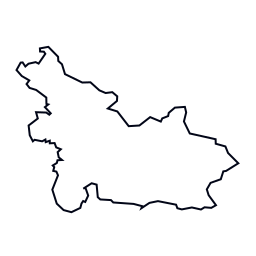 the district of Studenichani, Studeničani, North Macedonia, rotated 267°
{"feature_id": "65306769B72053820604170", "entity_name": "Studenichani", "entity_type": "district", "adm_level": 2, "iso_a3": "MKD", "parent_name": "North Macedonia", "parent_adm1": "Studeničani", "projection": "albers", "projection_center": [21.452, 41.825], "detail": "fine", "context": "isolated", "style": "outline", "palette": "ink", "viewbox_px": 256, "rotation_deg": 267, "n_neighbors": 0, "source": "geoboundaries", "source_scale": "gbopen_adm2", "svg_char_len": 1431}
<svg xmlns="http://www.w3.org/2000/svg" viewBox="0 0 256 256"><g transform="rotate(267 128 128)"><path d="M146.1,185.9L145.9,175.9L141.0,169.5L137.8,168.7L135.8,162.7L132.7,161.1L137.7,150.7L129.9,139.5L129.8,128.8L145.1,118.2L148.5,108.9L155.6,118.4L160.2,118.9L164.6,114.2L164.1,107.5L167.1,101.4L175.6,92.9L175.8,84.7L185.1,67.9L195.1,65.4L198.6,61.9L202.8,61.9L213.2,52.7L212.1,44.2L209.0,44.2L208.6,48.0L206.4,49.3L197.0,42.1L198.6,39.2L197.4,32.0L194.8,28.7L199.0,26.2L198.9,24.2L191.7,19.7L185.4,24.7L180.7,31.9L177.2,29.0L173.2,31.8L170.8,38.3L162.7,48.0L156.3,47.8L155.7,49.6L153.2,46.1L146.7,51.6L145.4,50.1L147.7,47.2L148.6,37.0L142.2,38.4L135.7,28.9L125.9,29.5L119.7,32.3L121.1,34.1L119.2,41.6L120.8,44.9L118.2,45.1L119.4,49.2L116.8,49.1L116.8,53.9L112.4,55.3L110.3,59.8L107.6,56.5L102.3,57.3L99.5,60.4L99.5,55.9L96.8,55.1L94.5,50.9L92.8,52.3L89.1,51.1L88.2,54.2L84.4,55.6L70.4,49.2L56.2,52.9L49.4,59.4L46.9,67.1L50.7,76.2L55.0,77.6L57.4,79.4L56.4,81.4L62.6,84.7L70.5,82.4L69.8,80.2L74.7,88.8L73.1,93.7L60.5,94.2L58.1,96.6L56.9,107.2L54.4,109.4L51.9,129.6L49.2,138.1L47.2,137.2L52.1,145.5L53.4,154.1L48.9,172.0L45.3,173.1L43.9,177.5L45.3,187.6L42.8,196.6L44.8,200.3L43.9,207.0L46.3,211.8L56.7,205.0L62.6,203.5L68.9,207.6L72.0,218.0L79.7,220.9L80.0,223.7L87.0,236.3L97.8,226.6L104.5,224.3L107.7,214.8L112.2,214.9L119.3,189.4L131.6,184.2L140.5,186.9L146.1,185.9Z" fill="none" stroke="#020617" stroke-width="2"/></g></svg>